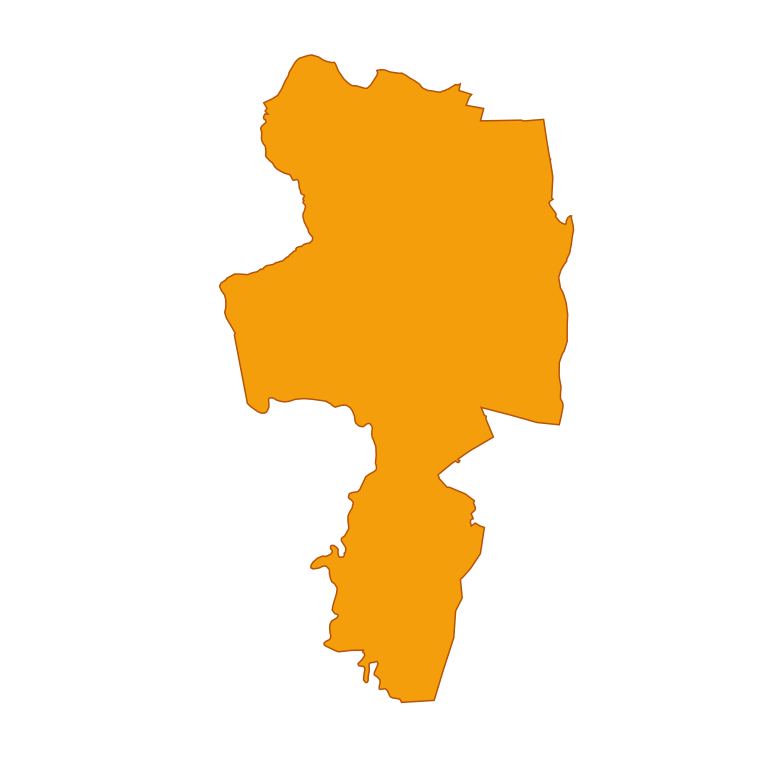 Matlapa, San Luis Potosí, Mexico (Albers equal-area conic projection), rotated 281°
{"feature_id": "50627088B6304595362200", "entity_name": "Matlapa", "entity_type": "district", "adm_level": 2, "iso_a3": "MEX", "parent_name": "Mexico", "parent_adm1": "San Luis Potosí", "projection": "albers", "projection_center": [-98.85, 21.333], "detail": "fine", "context": "isolated", "style": "filled", "palette": "amber", "viewbox_px": 768, "rotation_deg": 281, "n_neighbors": 0, "source": "geoboundaries", "source_scale": "gbopen_adm2", "svg_char_len": 6141}
<svg xmlns="http://www.w3.org/2000/svg" viewBox="0 0 768 768"><g transform="rotate(281 384 384)"><path d="M83.0,493.6L112.7,496.6L148.3,500.9L174.9,497.6L188.9,501.6L206.8,496.3L210.2,498.8L219.9,504.4L235.9,511.0L262.3,509.9L262.9,505.6L264.9,500.1L261.2,496.8L265.0,495.1L266.6,495.1L267.6,495.4L268.7,497.2L269.3,497.0L273.3,494.3L277.5,497.3L279.5,497.4L281.0,496.8L283.6,494.9L284.3,494.6L286.6,495.0L291.7,484.5L295.1,467.9L294.7,465.6L301.6,456.3L303.7,455.4L305.1,454.3L318.9,465.7L322.1,468.8L321.0,471.2L321.0,471.8L321.8,472.8L323.3,473.1L323.5,472.9L323.1,471.6L324.3,470.9L334.5,480.7L352.8,501.5L369.3,490.6L371.8,490.6L372.6,488.4L379.5,483.9L377.8,512.5L375.4,541.5L377.4,563.8L386.1,564.1L395.1,564.1L398.0,563.6L400.0,562.7L403.3,560.0L408.2,559.1L415.1,558.3L422.8,555.2L426.7,554.1L438.6,552.0L447.3,553.2L451.1,554.6L460.8,555.7L477.2,552.5L487.4,551.0L498.5,547.3L504.9,544.0L508.9,541.5L511.8,538.9L522.1,535.1L529.8,536.0L535.5,538.0L539.3,539.8L542.1,539.7L546.7,541.0L550.2,541.4L550.9,541.1L555.8,541.3L564.6,540.7L571.2,540.7L575.7,539.4L582.7,536.2L584.8,536.0L584.7,534.8L582.4,532.7L581.0,532.5L579.3,531.9L578.0,531.8L576.9,532.2L575.3,531.7L575.7,528.8L576.4,526.8L576.8,525.6L581.0,520.5L583.5,520.6L584.5,520.0L590.6,513.2L593.3,511.4L595.3,512.3L597.6,514.7L598.7,513.1L617.6,510.5L621.0,509.7L635.7,504.3L636.4,504.7L637.7,503.4L656.3,496.5L674.2,490.2L668.8,470.8L669.2,468.4L660.7,428.5L673.4,429.3L673.3,411.4L681.8,413.0L684.9,414.8L686.4,401.6L693.2,401.6L691.6,399.4L691.6,397.1L685.8,390.8L684.7,388.8L683.5,387.8L682.8,385.7L681.4,384.2L680.9,381.0L680.8,374.1L680.5,371.5L681.6,366.2L682.9,363.9L684.9,361.9L687.6,356.0L689.4,350.4L690.8,347.6L691.6,345.3L692.6,341.9L692.0,340.6L691.5,332.0L691.7,328.4L692.2,326.6L692.4,324.3L691.8,320.6L690.4,317.1L688.6,318.3L686.5,318.3L684.7,317.8L675.2,314.0L671.1,311.1L670.6,308.9L671.4,299.9L670.8,296.6L671.3,294.0L673.1,290.5L675.7,286.4L682.8,279.3L688.7,275.5L690.2,273.9L689.5,270.7L689.7,266.0L690.5,262.3L692.5,257.4L693.2,250.4L691.9,246.6L687.7,238.9L685.0,236.6L682.1,235.1L672.0,231.5L667.7,231.1L662.7,229.2L654.7,227.4L647.2,224.7L642.8,220.2L637.1,212.3L632.1,216.6L629.3,215.2L626.7,218.5L626.4,215.7L624.6,215.0L622.3,214.9L620.8,216.1L621.0,217.1L620.1,217.5L619.5,218.0L618.6,218.3L618.0,218.1L616.3,216.6L615.4,216.2L614.6,215.2L611.9,214.2L610.7,214.4L607.6,216.0L601.9,216.8L600.5,217.2L599.2,217.9L596.4,220.1L595.3,221.6L594.3,222.3L589.3,223.8L585.7,224.2L584.0,225.3L583.2,226.8L581.4,229.1L580.3,231.4L578.8,233.2L576.5,235.2L574.7,237.7L573.1,242.1L571.9,246.3L571.6,251.2L570.2,253.0L568.1,254.4L566.7,255.9L566.8,256.9L568.0,258.9L568.0,260.1L567.5,260.8L564.7,262.2L559.9,263.5L558.8,264.5L557.5,265.2L556.2,265.5L555.3,266.1L554.4,267.9L554.0,269.6L553.6,270.0L552.6,270.0L551.3,269.2L549.7,269.2L549.4,269.4L548.9,270.4L547.8,269.9L546.6,269.9L544.2,272.7L542.8,273.1L538.5,272.8L536.1,272.1L533.4,272.4L531.6,273.0L527.7,274.9L522.5,278.9L521.7,280.0L520.7,280.1L519.0,280.8L516.9,282.8L516.5,283.6L515.6,284.3L514.8,285.7L512.1,286.3L510.9,286.0L509.4,284.8L508.7,284.7L506.0,279.0L503.2,276.7L502.9,274.9L501.3,272.4L500.2,271.7L498.2,272.1L497.2,270.3L493.1,267.1L490.6,265.6L490.0,264.5L485.3,260.8L484.5,258.4L483.4,257.2L482.7,255.1L480.0,252.0L478.1,247.0L477.3,245.6L475.4,243.9L474.5,243.7L473.8,243.1L473.2,241.6L473.2,240.9L470.2,238.4L467.7,232.9L465.3,229.2L464.4,221.4L463.6,217.8L463.7,216.8L458.0,209.7L456.5,209.2L451.9,204.7L448.7,203.9L444.6,206.6L440.8,210.6L437.8,212.0L436.1,212.7L428.6,214.2L423.9,213.9L418.7,216.7L405.6,228.3L403.7,227.7L339.7,253.3L338.9,253.6L336.4,257.4L332.8,265.3L332.0,269.0L332.6,272.2L333.6,273.7L335.8,274.7L338.8,275.3L340.4,275.3L346.6,273.7L347.4,273.7L348.0,274.0L348.5,274.8L349.0,276.2L349.1,278.1L347.8,281.2L347.3,285.4L347.4,289.1L348.5,293.3L349.6,295.2L349.8,296.1L351.3,298.4L352.2,300.3L354.4,308.2L355.4,317.0L356.0,329.0L355.9,331.3L355.4,331.7L354.4,335.4L353.3,336.9L352.2,339.6L352.0,340.6L354.5,345.3L355.7,348.7L355.9,351.3L355.3,353.1L353.9,355.9L351.8,357.9L347.3,361.0L341.8,362.8L340.1,364.0L338.6,366.4L338.1,367.3L337.9,369.7L338.1,371.7L341.9,375.2L342.4,376.9L341.9,378.6L339.0,380.9L334.7,381.2L331.5,381.8L329.1,382.8L326.9,384.4L321.1,387.9L312.4,390.0L304.8,390.7L302.0,392.1L299.8,392.7L298.0,392.5L296.1,390.9L292.7,386.8L289.4,383.8L275.9,380.4L273.6,378.9L272.8,377.7L271.9,374.7L271.2,373.2L270.0,371.3L269.5,370.9L266.7,370.6L265.6,370.9L264.5,372.4L264.1,373.7L263.4,374.8L261.8,376.4L260.8,376.6L259.0,376.3L256.2,376.4L252.1,374.9L248.1,373.9L247.1,373.9L243.3,374.6L235.5,377.1L227.4,374.4L224.8,372.0L223.5,371.7L221.8,372.2L216.2,377.6L213.6,378.1L211.4,378.1L210.3,377.2L209.0,377.7L207.8,377.6L206.6,377.0L205.9,375.7L205.6,373.5L206.5,372.3L208.0,371.5L211.2,370.7L212.8,370.6L213.9,369.6L215.0,367.7L215.9,365.7L215.7,363.6L214.7,362.6L213.8,362.6L212.2,363.0L210.9,364.6L209.6,365.2L207.7,364.8L206.3,363.5L204.1,360.6L203.5,359.2L203.5,356.9L200.3,351.9L195.3,348.1L191.9,347.0L190.1,347.2L189.5,347.5L189.0,349.4L189.1,350.2L190.6,354.5L191.7,356.5L192.7,357.6L194.3,360.6L193.8,362.7L192.0,365.0L191.0,365.9L187.5,366.6L183.6,368.2L179.8,370.5L178.6,373.5L174.8,377.0L169.5,377.4L157.4,376.2L152.3,376.2L149.2,379.5L149.0,381.9L148.4,383.0L147.8,383.2L145.8,382.7L141.4,377.9L138.7,377.0L136.1,376.9L133.5,377.4L129.6,378.5L127.0,379.7L125.2,380.0L123.8,379.8L122.4,378.9L121.0,376.9L119.1,375.0L118.5,374.7L117.2,374.7L116.1,375.8L115.6,377.0L113.3,385.6L112.6,389.2L112.5,390.7L116.4,403.1L118.7,414.5L116.8,414.2L115.8,416.1L113.7,416.8L110.5,415.6L106.2,413.1L105.3,412.2L104.2,411.9L102.6,413.0L102.8,417.9L101.6,419.2L99.9,419.8L96.7,419.7L90.0,420.3L89.2,420.7L87.5,423.0L87.7,424.1L88.6,424.7L90.0,425.0L94.0,424.3L98.7,424.3L102.3,423.8L104.8,423.0L106.3,422.9L107.7,423.6L108.9,427.5L110.2,429.4L110.1,430.1L108.6,431.4L105.8,431.2L99.2,429.6L96.6,429.9L95.2,433.3L92.8,436.4L89.6,437.3L86.7,437.0L83.9,437.4L83.4,438.5L85.1,443.1L84.3,445.0L83.4,446.0L78.8,449.2L77.9,450.7L77.5,452.5L77.7,456.9L77.6,459.7L75.4,461.7L74.8,461.9L83.0,493.6Z" fill="#f59e0b" stroke="#b45309" stroke-width="1.5"/></g></svg>